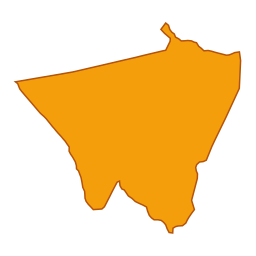 São Miguel dos Campos, Alagoas, Brazil
{"feature_id": "56859067B77062993140520", "entity_name": "São Miguel dos Campos", "entity_type": "district", "adm_level": 2, "iso_a3": "BRA", "parent_name": "Brazil", "parent_adm1": "Alagoas", "projection": "natural_earth1", "projection_center": [-36.106, -9.778], "detail": "fine", "context": "isolated", "style": "filled", "palette": "amber", "viewbox_px": 256, "rotation_deg": 0, "n_neighbors": 0, "source": "geoboundaries", "source_scale": "gbopen_adm2", "svg_char_len": 1607}
<svg xmlns="http://www.w3.org/2000/svg" viewBox="0 0 256 256"><path d="M226.0,117.2L239.3,88.4L240.6,60.6L239.4,51.9L234.7,52.6L231.8,53.9L229.2,54.9L226.4,55.2L221.4,53.9L217.8,53.0L214.8,52.2L211.9,51.3L208.1,50.5L203.9,50.8L201.3,48.3L198.7,46.3L196.5,42.7L194.0,42.1L191.6,40.9L187.9,40.5L184.4,40.8L181.2,40.9L178.7,38.8L175.5,37.1L174.3,34.0L171.7,32.1L169.8,29.5L168.5,25.3L165.7,23.0L160.9,29.4L164.5,33.3L170.3,38.3L170.1,41.3L165.7,50.3L163.0,50.8L143.6,55.4L136.0,57.3L124.3,60.0L72.6,72.0L40.6,77.5L15.4,81.8L17.7,83.6L19.7,88.8L21.5,91.2L24.8,95.1L29.1,100.1L33.4,105.1L38.3,110.9L40.6,113.5L44.1,116.6L46.3,118.9L48.9,122.1L52.3,126.4L54.1,128.4L55.8,130.5L58.3,133.4L61.1,136.4L62.9,138.6L65.2,141.2L67.0,143.9L69.2,147.0L69.1,151.2L70.6,154.1L72.7,157.2L75.3,161.8L76.4,165.7L76.5,168.8L78.5,170.8L79.6,173.8L81.0,177.4L81.9,181.8L82.8,187.4L84.6,191.3L84.9,194.9L85.0,198.1L86.1,201.3L88.3,204.3L90.9,207.0L93.3,209.6L101.9,209.0L104.4,206.8L106.4,203.0L107.9,200.0L109.3,197.3L112.2,191.5L115.4,185.4L117.2,182.1L119.5,181.1L120.0,185.7L121.8,188.9L124.3,190.0L126.1,192.6L128.3,195.9L132.0,198.4L135.3,201.5L138.8,203.2L143.0,205.1L146.5,207.0L147.6,211.2L149.3,215.4L151.5,217.9L154.1,219.8L158.1,219.8L161.2,220.4L163.6,222.3L165.7,224.8L167.2,228.9L169.1,232.5L172.7,233.0L173.0,228.2L175.6,226.6L178.1,226.0L182.5,225.7L185.8,223.1L187.4,219.8L189.0,217.1L191.6,213.3L194.4,209.6L191.6,200.3L197.3,178.5L197.5,173.8L196.3,171.0L195.7,167.3L196.8,164.5L199.5,162.0L203.2,161.6L206.3,160.2L211.9,146.4L215.1,139.6L226.0,117.2Z" fill="#f59e0b" stroke="#b45309" stroke-width="1.5"/></svg>